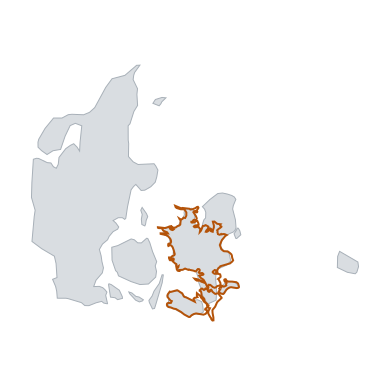 where Sjaælland sits in Denmark, rotated 357°
{"feature_id": "DNK-3420", "entity_name": "Sjaælland", "entity_type": "Region", "adm_level": 1, "iso_a3": "DNK", "parent_name": "Denmark", "parent_adm1": "", "projection": "orthographic", "projection_center": [11.743, 55.283], "detail": "fine", "context": "in_parent", "style": "outline", "palette": "amber", "viewbox_px": 384, "rotation_deg": 357, "n_neighbors": 0, "source": "natural_earth", "source_scale": "10m", "svg_char_len": 9714}
<svg xmlns="http://www.w3.org/2000/svg" viewBox="0 0 384 384"><g transform="rotate(357 192 192)"><path d="M101.8,299.1L101.1,299.1L98.1,298.3L96.1,296.5L90.5,297.6L83.1,300.1L79.0,299.8L75.8,296.7L62.7,292.0L60.6,291.5L51.9,291.0L51.7,284.2L50.9,279.3L48.2,271.9L52.7,270.4L52.5,256.3L51.2,248.9L39.0,240.8L29.6,233.0L33.1,208.5L34.4,202.0L31.4,189.0L32.6,174.2L35.3,151.0L38.4,150.2L40.6,150.5L49.0,155.1L52.6,155.6L54.9,159.5L57.7,161.2L59.9,157.3L61.0,150.5L68.2,142.1L73.1,139.0L76.4,137.6L79.6,141.2L81.9,145.3L82.8,136.6L85.4,120.1L79.1,117.3L73.8,119.3L68.2,129.6L63.0,142.6L55.4,143.5L49.2,147.0L43.9,142.8L40.6,139.2L40.8,134.2L41.7,131.3L48.6,120.8L57.6,110.9L66.1,111.3L72.5,108.3L76.2,108.1L87.8,109.2L93.8,107.1L99.3,102.6L111.4,82.9L118.1,74.7L131.1,72.0L143.3,62.6L146.6,62.6L140.9,69.7L139.9,72.4L139.1,76.7L143.0,86.0L142.1,91.6L142.2,102.7L138.2,108.5L133.6,120.7L131.7,122.5L131.0,136.8L131.3,140.3L130.4,153.3L134.8,158.8L139.6,161.7L155.6,161.8L157.2,164.2L159.1,168.3L157.6,175.1L155.8,180.3L151.1,184.6L145.0,187.7L141.3,187.8L136.3,181.5L133.9,183.5L131.3,186.6L126.8,203.5L124.5,214.8L123.4,215.8L121.1,214.0L117.0,213.8L111.7,216.4L114.3,218.9L117.0,223.1L115.8,225.2L111.2,227.4L107.0,231.9L105.2,235.3L99.9,239.3L96.5,244.5L97.9,251.0L98.4,256.7L99.6,263.1L98.2,268.1L91.5,275.1L88.9,281.3L94.5,281.4L97.9,282.9L99.8,284.8L101.8,287.5L100.4,290.7L101.8,299.1ZM233.9,222.0L234.1,230.1L232.9,232.5L231.2,234.1L226.6,235.8L222.6,238.2L219.1,242.3L217.8,248.1L220.6,252.4L225.7,254.6L227.1,262.7L222.9,266.8L212.1,270.9L211.0,280.5L211.4,288.1L211.3,293.6L210.4,301.3L201.6,304.8L195.9,293.2L195.8,288.5L194.1,283.1L193.8,278.4L191.8,271.0L183.5,269.0L180.3,268.7L175.8,270.0L174.7,269.5L169.4,259.3L170.4,248.2L167.6,242.5L167.2,239.9L167.3,237.1L165.0,234.7L162.2,233.5L160.8,227.2L164.1,225.7L172.1,226.5L174.5,226.1L176.6,224.8L183.2,214.5L183.0,212.2L183.7,209.2L190.7,208.2L193.8,212.2L193.2,218.6L193.6,226.8L197.8,229.0L199.5,229.3L201.3,223.3L202.5,220.3L204.2,218.7L204.7,213.1L203.7,209.8L201.6,207.2L209.5,200.4L217.6,194.9L222.4,194.6L227.2,195.9L231.6,197.6L234.0,199.2L235.4,201.7L232.5,207.8L231.7,211.1L233.9,222.0ZM145.4,236.1L147.2,240.4L149.5,249.5L153.1,259.7L151.4,263.9L152.4,269.4L151.3,275.1L143.7,281.6L135.2,281.7L126.5,278.3L114.2,271.9L113.3,268.4L111.6,266.5L108.6,255.9L109.0,243.0L115.2,241.6L128.8,235.7L131.9,236.7L135.1,239.9L138.8,240.2L144.3,235.8L145.4,236.1ZM178.1,295.0L186.4,300.1L192.0,299.9L195.8,302.0L196.7,305.2L197.1,312.4L193.0,314.5L188.6,313.8L182.5,316.5L162.7,304.6L163.1,294.8L163.9,290.9L173.3,290.1L178.1,295.0ZM352.4,280.7L350.7,282.2L342.9,280.3L333.2,275.0L334.1,263.9L336.3,259.0L354.0,270.6L354.4,275.3L352.4,280.7ZM148.5,306.3L146.4,306.7L143.6,300.0L143.3,298.0L146.7,293.8L148.9,289.0L154.5,281.7L157.8,273.1L159.0,273.3L157.5,281.0L150.0,302.3L148.5,306.3ZM117.0,294.6L112.1,295.6L109.7,293.6L105.1,292.7L103.8,280.1L104.3,279.3L106.6,280.3L114.3,286.3L116.9,292.8L117.0,294.6ZM233.7,288.8L232.0,290.1L224.8,289.2L216.7,295.0L213.6,293.2L214.7,289.6L215.6,288.3L218.3,286.7L220.1,284.4L220.8,280.9L222.5,282.8L227.5,283.6L230.0,284.7L232.0,286.3L233.7,288.8ZM143.9,221.9L143.1,223.4L140.2,221.8L140.0,216.5L141.1,211.8L139.9,207.5L141.4,204.8L145.4,211.2L146.5,214.3L144.8,217.8L143.9,221.9ZM165.5,102.3L163.7,104.2L157.6,101.4L160.3,97.7L167.0,96.0L170.9,96.6L166.6,100.3L165.5,102.3ZM136.8,298.2L133.7,299.0L130.1,297.1L124.4,290.3L123.7,288.5L126.7,289.7L130.5,293.3L133.6,294.1L137.8,297.1L136.8,298.2ZM238.5,237.3L234.2,240.8L233.3,240.6L231.8,235.9L234.0,233.0L235.4,230.5L236.3,230.6L237.7,233.2L238.5,237.3Z" fill="#d9dde1" stroke="#a8b0b8" stroke-width="1"/><path d="M224.4,236.8L223.1,237.5L219.3,241.6L217.0,246.4L218.3,250.7L220.5,252.7L221.3,252.9L224.2,253.1L225.0,253.5L227.0,255.2L228.1,256.4L228.5,257.6L228.6,259.0L228.8,260.2L229.5,262.4L228.6,263.5L226.2,265.3L216.4,267.6L215.7,268.5L214.5,269.2L213.6,270.6L213.0,272.3L213.3,273.7L213.0,274.4L212.6,274.7L212.2,274.6L211.7,274.2L212.1,272.5L211.5,271.4L210.6,271.1L208.6,272.6L208.5,273.4L208.8,273.7L210.1,274.8L214.0,275.1L215.8,275.7L216.2,277.6L216.0,278.4L215.7,278.7L214.0,279.8L213.5,280.2L213.9,280.4L215.6,284.3L215.6,285.8L215.0,286.7L214.0,287.0L212.9,287.1L212.2,287.4L210.6,288.6L209.6,288.8L207.9,288.1L205.4,285.7L203.8,285.5L203.8,285.8L204.1,286.0L203.5,286.5L203.2,286.6L203.4,288.2L203.1,289.1L202.6,289.9L202.5,291.1L202.9,292.0L203.5,292.5L204.2,292.6L204.8,292.1L204.4,291.1L204.8,291.0L206.0,290.5L206.4,290.9L207.2,292.7L209.2,294.5L209.9,295.0L211.7,294.6L212.6,294.5L213.3,295.2L214.6,297.2L216.0,298.9L216.0,299.4L211.9,302.8L211.2,303.6L209.4,307.2L209.1,307.8L208.7,308.2L207.4,309.7L206.9,310.1L206.2,311.2L206.2,313.8L206.8,318.4L206.7,321.3L205.7,321.4L204.7,320.2L204.5,319.0L203.8,318.1L202.3,315.1L201.9,314.0L202.0,312.3L202.6,311.0L203.8,309.0L202.9,308.8L202.2,308.3L202.1,307.5L202.6,306.1L202.0,305.8L201.3,304.5L199.1,302.2L198.7,301.1L198.6,300.5L198.6,299.6L198.3,298.9L197.5,298.0L196.8,297.4L196.3,296.6L196.1,295.0L196.1,293.5L195.9,292.3L195.5,291.5L194.5,291.1L194.5,290.5L196.3,289.1L196.7,288.9L197.4,289.1L198.3,290.2L198.8,290.5L199.3,290.2L200.4,289.0L200.6,289.1L200.9,289.6L201.6,289.2L202.5,288.2L202.5,287.7L202.0,287.1L201.1,284.6L200.6,283.8L197.4,282.3L196.6,282.1L195.7,281.2L195.3,281.0L192.3,280.8L191.5,280.3L190.7,279.6L190.0,278.7L192.5,279.3L197.5,281.6L199.9,282.1L198.9,280.2L196.0,278.0L194.8,276.0L198.8,275.2L199.1,274.9L199.0,274.3L197.9,273.4L195.3,273.6L194.5,272.6L195.2,271.8L195.6,270.9L195.5,269.9L194.8,269.3L193.7,269.3L193.0,270.0L192.3,270.9L191.6,271.5L191.0,271.4L189.3,270.6L185.8,269.7L184.9,269.2L184.3,269.6L181.1,268.1L180.5,268.3L179.2,269.0L178.5,269.2L175.3,269.2L175.3,269.7L176.3,270.3L174.7,270.2L173.5,269.8L172.8,268.6L172.5,266.4L173.2,266.9L173.9,266.9L174.4,266.4L174.7,265.3L174.2,265.6L173.8,265.8L172.7,265.9L172.5,265.4L172.7,263.4L172.4,263.0L171.5,262.5L169.0,260.1L168.6,259.3L169.0,259.1L169.7,259.1L170.2,258.8L170.3,258.0L170.0,257.6L169.3,257.4L168.1,257.4L167.8,257.8L167.6,258.5L167.2,259.0L166.5,259.0L166.2,258.7L165.6,256.9L165.6,256.2L167.5,256.3L168.9,255.0L171.0,254.2L171.5,253.2L171.4,252.2L170.9,251.8L171.1,251.0L170.7,249.1L169.8,246.2L169.2,245.2L168.6,244.5L167.9,244.1L167.0,243.9L166.1,244.5L165.6,244.7L165.4,244.2L165.5,243.1L165.7,242.5L166.2,242.3L166.8,242.3L168.0,241.8L168.5,240.7L168.4,239.1L167.8,237.5L165.8,234.9L163.6,233.6L158.5,232.2L158.5,231.6L165.8,232.2L165.0,230.9L162.2,229.6L161.1,228.8L160.4,227.4L160.0,226.9L159.2,226.5L156.8,226.3L156.1,225.9L156.1,225.4L163.3,226.6L164.8,226.3L167.7,225.2L169.3,225.0L169.3,225.5L168.3,225.5L167.8,225.7L167.4,226.0L168.1,227.5L169.3,228.6L170.7,229.0L171.8,228.3L169.9,226.6L170.6,226.0L171.0,226.5L171.8,226.7L173.4,226.7L174.2,226.4L175.7,225.3L177.3,224.9L178.0,224.5L178.6,223.8L179.1,220.3L179.0,219.6L178.2,218.5L177.9,217.8L179.0,218.6L180.2,218.8L181.2,218.3L182.2,217.2L183.8,217.6L185.1,215.3L185.3,212.1L183.8,209.4L182.5,208.8L179.6,208.6L175.9,207.2L174.9,206.3L174.5,204.9L180.3,207.7L181.5,207.4L188.6,208.6L189.4,209.4L191.3,209.3L194.5,208.3L196.2,207.2L197.1,207.1L197.6,207.8L197.4,208.6L196.2,210.1L195.8,211.1L196.3,212.0L196.0,212.5L195.3,212.6L194.5,212.2L194.8,211.1L193.4,211.2L192.8,211.5L192.3,212.2L194.6,216.2L195.4,218.5L194.8,220.1L194.1,220.2L192.7,219.8L192.0,220.1L191.1,221.3L190.6,221.7L189.8,221.7L189.8,222.3L190.5,222.6L192.8,222.4L194.9,221.1L195.8,221.2L196.6,223.2L196.9,224.5L196.9,225.1L193.2,225.8L192.4,226.1L192.0,226.6L192.6,227.3L193.3,227.4L195.3,227.2L195.8,227.0L196.1,226.6L196.9,227.4L198.0,229.0L198.3,230.1L198.3,230.5L198.0,231.0L197.7,232.4L198.5,231.6L199.1,230.8L201.1,226.5L202.9,226.4L203.4,226.1L203.6,225.8L204.3,226.0L206.5,227.4L206.2,228.7L205.9,229.6L204.3,231.2L203.7,232.4L204.6,232.6L205.9,232.0L207.0,230.8L207.1,229.5L207.8,229.2L208.6,229.5L209.3,230.1L209.7,231.2L208.2,230.7L208.0,230.9L208.3,231.6L209.0,232.2L210.6,232.8L211.0,231.1L212.0,228.5L212.1,226.7L211.3,222.7L212.9,222.7L215.5,225.1L218.8,225.7L218.2,226.3L218.3,226.7L218.6,227.3L219.5,227.9L219.6,228.0L219.5,228.4L217.7,229.7L216.7,230.2L215.1,231.5L215.4,232.0L215.5,232.3L215.3,233.7L215.4,234.1L215.6,234.4L215.7,235.4L217.1,236.1L218.0,236.0L218.9,235.4L219.4,235.9L220.8,235.6L222.4,235.8L224.4,236.8ZM200.8,308.1L200.3,308.7L199.3,309.2L199.0,310.1L200.8,310.9L200.7,312.7L199.2,314.4L197.1,315.1L189.7,313.5L187.3,314.0L185.1,315.1L183.3,316.7L182.2,316.6L177.8,313.9L175.0,311.4L169.8,308.0L167.5,307.5L165.0,306.3L162.4,305.6L161.4,304.7L161.0,303.5L161.3,302.1L162.5,301.4L163.9,301.7L165.2,301.6L166.1,299.9L165.4,299.6L164.7,299.1L162.3,295.9L162.0,295.4L162.0,294.0L162.6,292.7L164.6,290.3L165.3,290.7L172.0,289.3L173.1,289.9L175.4,291.7L176.2,292.1L177.0,292.8L178.4,295.9L179.5,296.6L180.6,296.9L189.0,301.7L188.5,300.2L188.0,299.4L188.0,298.7L189.0,297.8L190.3,297.8L191.4,297.2L191.9,297.2L191.5,296.3L191.4,295.3L191.6,293.3L195.2,296.6L195.4,297.8L196.6,299.2L197.3,299.8L198.1,300.0L197.4,300.6L198.1,302.0L200.4,304.0L200.9,304.8L201.1,306.1L201.3,306.7L201.3,307.2L200.8,308.1ZM227.5,283.6L231.6,284.4L233.2,285.8L233.9,288.6L233.9,289.5L233.4,290.0L232.7,290.2L231.6,290.3L226.0,289.1L224.3,289.4L222.7,290.2L221.1,291.5L218.7,294.9L217.8,295.5L216.4,295.2L213.4,293.8L213.4,293.3L214.1,293.3L213.9,292.4L214.1,291.8L214.5,291.3L215.0,291.0L214.1,289.9L215.1,288.7L215.7,288.4L216.3,288.8L216.6,288.2L216.3,287.1L217.0,287.1L218.2,287.9L218.9,288.2L220.9,287.4L221.4,287.0L221.2,286.2L221.2,285.6L221.4,285.1L221.8,284.8L221.8,284.2L220.2,283.2L219.8,282.6L219.6,281.8L219.7,281.2L220.2,280.9L221.1,280.9L222.1,282.7L223.7,283.4L227.5,283.6Z" fill="none" stroke="#b45309" stroke-width="2"/></g></svg>